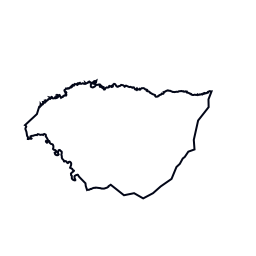 Bu'regxangai, Bulgan, Mongolia (Albers equal-area conic projection), rotated 237°
{"feature_id": "93677404B37856790157054", "entity_name": "Bu'regxangai", "entity_type": "district", "adm_level": 2, "iso_a3": "MNG", "parent_name": "Mongolia", "parent_adm1": "Bulgan", "projection": "albers", "projection_center": [104.281, 48.34], "detail": "fine", "context": "isolated", "style": "outline", "palette": "ink", "viewbox_px": 256, "rotation_deg": 237, "n_neighbors": 0, "source": "geoboundaries", "source_scale": "gbopen_adm2", "svg_char_len": 5843}
<svg xmlns="http://www.w3.org/2000/svg" viewBox="0 0 256 256"><g transform="rotate(237 128 128)"><path d="M186.5,43.2L185.9,43.5L184.7,43.5L184.3,43.1L183.7,41.9L183.0,41.4L180.0,40.7L176.4,39.1L174.8,39.1L173.3,38.0L172.9,38.6L172.7,40.0L172.0,40.5L171.6,41.1L171.7,41.4L172.0,41.4L173.3,40.8L174.1,41.7L173.8,43.1L173.1,44.3L172.9,45.5L172.2,47.2L171.6,47.8L172.0,48.9L171.4,49.6L170.0,50.7L169.2,52.4L168.4,53.0L168.7,53.7L168.6,54.5L167.4,55.3L166.8,55.3L165.6,54.4L164.5,54.6L161.3,54.3L160.8,53.6L160.8,52.8L161.8,52.3L161.7,52.0L161.2,51.7L159.8,52.0L159.7,52.4L160.4,54.4L160.1,54.8L159.6,54.9L158.1,54.3L156.7,54.7L155.4,55.8L154.9,55.9L153.5,55.6L152.3,54.8L151.3,53.7L150.2,53.9L149.4,54.8L148.2,55.2L147.6,55.1L147.1,54.7L146.8,54.3L147.3,53.4L147.2,53.0L145.5,52.6L144.3,53.1L143.5,54.2L143.4,54.6L143.6,55.4L145.0,55.6L146.0,56.2L146.8,57.2L147.1,57.7L147.0,58.4L146.5,58.9L145.7,58.9L144.7,59.4L144.0,59.4L142.6,58.4L141.8,57.5L140.5,57.2L139.3,56.4L138.1,56.1L135.6,56.5L134.9,56.1L134.6,56.3L134.5,57.3L133.7,58.0L132.3,58.0L131.4,58.4L131.3,59.0L131.8,59.4L131.8,59.9L131.4,60.8L130.8,61.1L129.8,61.2L129.3,61.1L128.0,60.2L126.2,57.8L124.2,58.9L122.7,58.9L121.7,59.4L121.4,59.1L121.1,56.1L120.8,55.3L119.4,54.6L118.5,54.8L116.4,53.5L115.8,53.4L114.7,53.6L113.3,54.5L112.9,55.3L113.4,55.7L115.1,55.9L116.5,56.7L116.8,57.3L116.8,58.6L116.3,60.3L116.0,60.5L114.1,60.4L112.3,60.7L104.8,62.2L102.4,61.0L98.3,59.9L98.2,60.6L97.7,61.1L97.3,62.1L97.3,63.4L96.8,64.1L96.8,65.3L96.3,67.1L95.7,67.7L95.6,68.5L92.4,72.3L91.8,72.6L90.2,74.9L89.4,78.0L89.4,78.7L89.4,79.5L89.8,80.0L89.8,82.6L73.8,88.0L70.0,97.6L60.7,102.4L59.7,113.5L61.2,123.6L61.6,136.8L68.9,147.4L69.7,151.9L72.6,157.3L72.8,159.8L75.3,165.7L73.8,172.1L82.2,176.7L96.1,190.9L101.6,207.0L108.2,211.1L113.2,218.0L113.6,217.3L114.3,216.8L114.6,216.2L114.5,215.7L114.4,215.1L114.7,214.7L114.1,214.0L114.7,213.0L114.6,212.5L115.0,212.0L115.0,211.3L115.7,211.2L116.0,210.1L115.5,209.7L115.7,209.0L115.8,208.9L115.7,208.4L116.5,208.0L116.5,207.1L117.2,206.3L117.1,205.6L117.6,205.1L117.6,204.7L117.9,204.7L118.0,204.4L118.3,204.4L118.2,203.9L118.6,203.1L119.6,202.1L120.0,200.9L120.5,200.2L121.6,199.3L122.1,199.2L122.3,199.4L123.4,198.6L123.4,198.4L124.0,198.2L125.0,197.5L125.2,197.2L125.4,197.2L125.5,196.8L126.0,196.6L126.6,197.1L127.4,196.2L127.7,195.1L128.0,194.9L128.2,194.5L128.8,194.3L128.8,194.0L129.9,193.0L130.0,192.5L130.3,192.2L131.1,190.6L131.1,189.8L131.3,189.3L132.0,188.4L132.8,186.5L133.3,186.1L133.7,185.3L136.4,183.5L136.8,182.7L137.4,182.4L138.1,181.5L138.0,180.9L138.3,180.3L138.3,178.5L138.6,178.1L138.7,177.4L138.1,177.3L137.6,176.6L137.5,176.3L137.9,175.4L138.5,175.0L138.0,173.6L138.4,172.8L138.5,172.1L138.2,171.5L138.4,170.6L138.2,170.3L138.3,169.8L138.8,168.8L139.2,168.3L140.0,168.2L140.9,168.6L143.4,166.8L144.4,166.5L145.1,165.8L146.2,165.8L147.2,165.4L148.4,164.2L149.0,164.0L149.3,164.8L149.5,164.8L149.9,164.6L151.2,163.4L152.1,163.3L152.9,162.8L153.9,161.2L153.9,159.5L153.6,159.3L153.6,159.1L154.5,158.9L154.3,158.4L154.5,158.3L154.9,157.2L156.4,157.1L156.3,156.7L155.1,156.5L155.0,156.1L155.8,155.8L156.1,155.3L156.6,155.0L158.9,155.0L159.5,154.2L159.4,153.6L161.1,152.6L161.6,151.4L164.6,149.4L164.7,148.9L164.4,148.0L164.5,147.6L165.6,147.6L166.6,147.1L167.9,145.7L167.6,144.6L167.8,143.9L168.1,143.2L168.0,142.9L168.1,141.9L168.4,141.5L169.2,141.1L169.8,141.3L170.3,141.0L171.7,141.1L172.6,140.4L172.5,139.3L172.1,138.8L172.2,137.8L171.8,137.7L171.1,137.8L171.0,137.5L171.3,136.6L172.5,136.3L172.6,135.3L173.4,135.2L173.4,134.9L172.7,134.4L172.6,134.0L172.9,133.0L173.6,132.4L173.7,131.6L173.7,130.9L173.0,129.6L173.2,129.0L173.4,128.8L174.1,128.9L175.5,129.8L175.9,129.5L175.1,129.1L175.0,128.8L175.1,128.6L176.0,128.2L176.8,128.3L177.1,128.0L177.8,128.5L178.0,128.2L177.5,127.3L177.9,126.9L178.8,127.2L178.9,127.5L178.9,128.0L179.1,128.3L179.7,128.2L180.3,127.5L180.8,125.9L181.3,124.9L181.4,124.4L180.9,122.8L181.0,121.4L181.2,120.5L182.3,119.6L182.9,119.4L184.3,120.2L185.1,121.1L184.9,122.3L185.1,122.8L185.0,123.2L183.7,124.8L183.2,124.5L183.1,124.0L182.9,124.2L183.6,125.9L184.9,127.2L184.9,126.5L185.6,125.5L185.7,125.1L185.3,124.5L185.5,124.0L185.3,123.1L185.4,122.5L186.2,121.6L188.1,120.8L188.1,120.3L187.4,120.3L187.4,120.0L188.1,119.2L187.9,118.4L188.1,117.8L188.1,117.0L188.9,116.8L188.3,116.6L188.3,116.2L188.9,115.2L190.1,114.6L190.4,113.1L190.7,112.5L191.1,112.3L192.1,112.3L192.2,111.9L191.8,111.7L191.7,111.1L192.5,110.8L192.9,110.1L192.8,109.8L191.8,109.5L191.7,109.0L192.1,108.7L192.9,108.7L193.2,107.8L193.9,107.4L193.8,106.6L193.1,106.0L193.0,105.6L193.3,105.4L193.9,105.5L194.2,105.3L194.2,105.1L193.7,104.8L193.6,104.5L194.1,104.0L194.1,103.7L193.9,103.5L193.2,103.7L193.0,103.4L193.0,102.4L193.7,102.3L193.6,101.5L193.3,100.7L193.3,100.0L193.9,99.7L194.1,99.4L193.8,98.8L194.9,97.6L194.5,97.1L194.3,96.3L194.5,95.7L193.9,95.0L192.1,94.8L191.9,95.1L191.8,95.6L191.3,95.6L190.6,94.8L190.5,94.2L190.3,93.9L189.5,94.4L189.2,94.2L189.0,93.8L189.7,93.2L189.5,92.5L190.1,91.7L190.0,90.8L189.5,90.1L189.8,89.5L189.8,88.3L191.1,88.5L191.9,88.0L192.5,88.6L192.8,88.6L193.1,88.4L193.1,88.0L192.4,87.7L192.2,86.9L192.4,86.5L193.1,86.5L194.0,86.9L194.5,86.5L194.5,86.3L193.9,86.5L193.4,86.4L192.9,85.6L192.3,86.0L192.0,85.8L191.9,85.3L192.0,84.9L192.6,84.7L192.2,84.0L192.4,83.5L193.5,83.7L193.2,82.9L193.1,82.4L193.6,81.3L194.2,80.8L195.2,81.1L195.7,80.8L195.4,79.8L196.0,79.2L195.1,79.4L194.8,78.7L195.7,78.0L195.3,77.3L195.5,76.6L195.2,76.2L195.2,75.4L195.1,75.1L195.9,74.0L196.2,73.9L196.3,73.5L194.9,73.7L194.8,73.3L195.0,72.8L194.5,72.1L194.7,71.6L195.9,71.3L196.1,70.9L195.0,70.6L194.9,70.0L194.4,69.8L194.3,69.5L194.7,68.9L194.5,68.1L195.1,67.7L195.6,67.7L195.0,67.3L194.1,67.6L194.0,67.2L194.5,66.5L193.5,65.3L193.5,64.7L193.8,64.6L189.3,59.2L186.5,43.2Z" fill="none" stroke="#020617" stroke-width="2"/></g></svg>